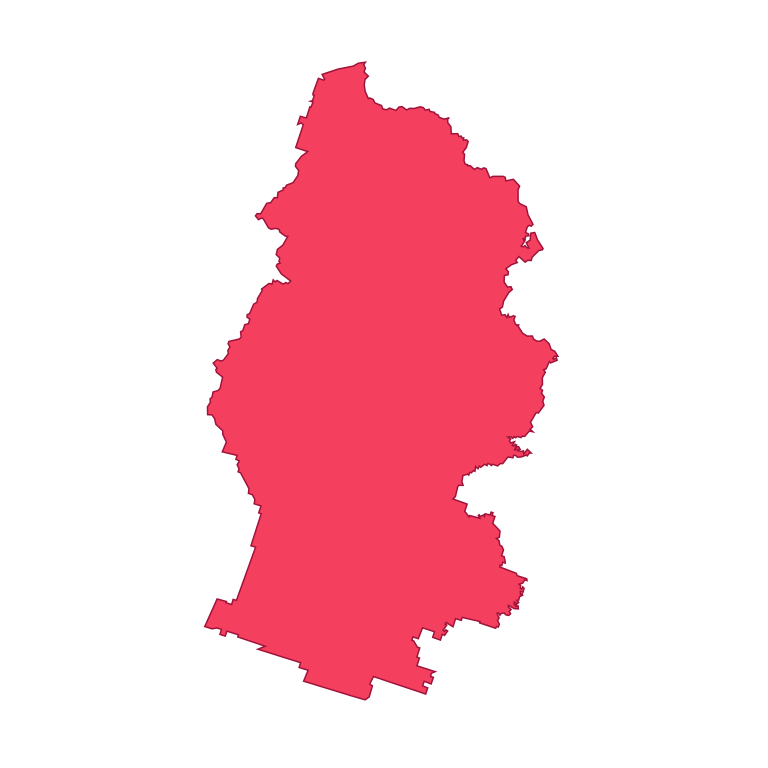 Greater Hume, New South Wales, Australia (orthographic projection), rotated 279°
{"feature_id": "25037944B5872723036943", "entity_name": "Greater Hume", "entity_type": "district", "adm_level": 2, "iso_a3": "AUS", "parent_name": "Australia", "parent_adm1": "New South Wales", "projection": "orthographic", "projection_center": [147.32, -35.758], "detail": "fine", "context": "isolated", "style": "filled", "palette": "rose", "viewbox_px": 768, "rotation_deg": 279, "n_neighbors": 0, "source": "geoboundaries", "source_scale": "gbopen_adm2", "svg_char_len": 6156}
<svg xmlns="http://www.w3.org/2000/svg" viewBox="0 0 768 768"><g transform="rotate(279 384 384)"><path d="M338.8,540.2L341.9,535.8L336.7,533.0L339.8,532.2L338.7,529.8L339.2,526.4L340.2,526.4L340.7,528.7L343.1,526.8L342.7,524.2L339.6,524.5L339.4,523.3L344.4,524.6L345.0,523.0L343.1,522.0L343.3,520.3L347.4,521.9L345.6,518.2L347.7,516.8L349.5,517.8L351.0,514.6L351.7,517.8L350.5,519.7L352.4,520.8L351.5,522.2L353.0,524.1L352.5,527.6L354.0,528.7L354.3,531.2L360.3,534.9L360.1,538.5L362.3,535.3L365.0,537.5L369.1,534.7L379.6,538.8L379.5,541.0L387.9,545.4L391.8,543.5L396.2,544.4L399.4,541.1L402.5,541.6L404.1,538.9L408.3,540.6L415.0,539.4L420.9,541.5L423.2,539.4L424.2,541.7L432.0,543.8L430.9,545.3L434.6,551.3L436.8,550.1L434.8,547.7L435.7,546.8L438.0,548.0L438.6,551.4L443.0,547.6L444.3,543.6L449.5,540.9L453.5,535.1L450.6,531.2L450.3,528.0L451.8,524.7L454.6,523.0L453.7,518.0L455.8,513.0L461.6,507.8L463.4,507.8L463.2,506.3L462.2,506.9L463.8,504.5L467.5,502.2L471.3,502.9L471.6,501.1L469.4,497.3L472.1,495.7L468.9,494.9L471.4,492.7L470.4,489.5L476.3,486.4L478.5,488.9L484.6,489.2L494.0,493.0L497.4,495.9L499.9,494.2L499.1,490.8L503.4,486.7L510.1,485.9L511.3,489.5L514.4,489.2L516.9,486.3L521.9,491.4L524.8,496.7L526.8,494.8L531.0,497.3L526.4,504.3L528.6,506.5L529.0,510.1L532.3,510.4L540.0,516.0L541.3,519.5L542.7,519.9L550.2,513.2L557.2,509.2L556.0,505.5L548.9,505.8L545.9,502.4L540.9,505.8L540.9,503.6L542.8,501.6L541.3,500.4L541.6,498.0L546.7,500.4L549.8,498.2L548.3,500.8L552.2,500.7L553.1,503.9L554.8,503.4L555.8,500.0L561.8,501.0L563.4,502.5L562.9,504.7L565.0,506.2L573.6,499.8L581.3,496.8L583.4,489.9L585.4,487.9L596.8,486.0L600.6,487.0L606.4,479.8L603.7,472.6L607.1,471.4L607.7,469.2L606.1,459.0L604.2,456.3L612.8,451.0L613.0,448.4L611.3,446.9L612.3,442.3L610.1,439.7L613.1,435.0L612.5,432.5L613.7,432.3L613.8,429.9L617.0,428.1L623.5,427.6L625.2,425.5L630.3,428.3L636.7,429.2L638.1,427.4L637.2,424.4L639.5,424.2L639.2,422.7L640.9,421.5L640.2,419.2L642.8,417.7L641.7,411.3L648.6,409.8L652.0,406.2L655.4,405.4L657.2,406.8L655.0,402.0L656.0,396.8L658.2,395.4L659.0,391.9L660.2,391.4L660.4,386.8L662.4,385.5L660.9,382.0L663.1,379.7L663.5,376.4L660.9,370.8L660.3,366.2L658.2,363.5L660.8,358.5L659.9,355.5L656.1,353.0L657.3,346.2L655.2,343.6L655.6,339.7L658.6,338.0L660.2,331.0L663.3,328.9L664.3,325.2L663.4,323.9L670.1,319.6L676.3,317.7L681.8,317.6L685.6,320.4L689.1,315.4L693.1,316.3L696.2,314.0L698.9,315.3L696.8,308.4L693.2,303.9L687.8,289.3L680.1,274.4L675.8,277.7L674.7,277.0L675.6,271.4L660.7,268.5L658.5,268.5L658.2,270.0L652.6,269.1L651.8,267.2L651.4,269.6L650.3,269.6L645.9,268.5L646.1,267.4L634.6,265.7L635.3,259.5L626.8,258.1L628.9,261.5L627.4,263.7L603.7,259.8L601.6,272.2L595.8,266.7L587.7,262.3L585.1,262.5L581.5,266.3L576.4,266.3L568.6,262.7L565.2,256.7L562.5,255.7L561.8,253.7L560.0,254.2L556.7,249.3L551.2,249.5L550.9,246.4L545.5,243.8L544.1,239.9L532.9,235.6L532.4,232.0L530.0,230.7L526.7,234.3L528.8,237.2L528.2,239.0L520.1,245.5L519.2,248.2L520.8,252.9L520.2,256.4L517.9,257.2L514.7,263.2L514.7,265.9L505.3,262.3L500.3,257.7L495.0,257.3L492.1,261.3L488.5,261.1L487.1,262.5L485.7,259.8L483.5,259.2L476.6,265.4L471.1,275.8L468.1,273.4L468.9,271.2L466.9,268.8L469.5,262.1L467.9,260.3L469.5,258.3L465.0,257.7L465.4,254.8L458.6,248.2L457.2,249.1L448.8,245.7L444.9,245.8L442.5,242.8L432.3,240.2L431.2,238.1L428.6,238.2L427.0,241.3L422.4,240.7L420.8,237.2L414.7,236.2L413.2,234.2L407.9,235.6L405.8,234.0L401.8,224.2L399.4,223.7L396.6,226.0L392.5,224.5L389.7,225.5L382.6,221.8L381.2,219.6L382.0,215.5L377.9,212.0L373.4,216.8L371.9,215.6L369.4,216.7L365.6,223.5L354.2,222.8L351.5,221.0L349.4,216.4L344.2,216.2L341.9,214.5L338.9,215.4L333.8,213.2L326.1,214.6L326.6,218.9L323.3,222.1L317.8,224.3L312.6,232.0L308.9,232.7L302.0,237.4L291.7,234.9L290.5,250.1L286.4,249.5L285.4,253.2L281.3,251.6L277.5,254.1L274.5,253.6L273.7,256.3L259.5,267.0L254.8,267.2L254.1,271.2L249.9,274.5L245.4,274.5L244.3,281.6L237.1,280.4L236.7,283.0L203.4,277.9L202.8,282.7L147.2,272.1L147.7,268.7L142.4,268.0L143.2,262.2L144.5,262.4L145.6,252.8L116.4,244.9L115.3,252.5L116.9,257.2L116.2,261.9L111.0,261.1L110.2,266.7L115.3,267.5L113.5,279.5L111.3,279.1L106.4,307.7L102.3,300.9L95.7,345.2L90.7,344.5L89.4,353.8L77.9,351.1L71.1,399.2L69.1,414.8L72.6,418.3L84.1,419.8L85.4,416.8L93.4,419.4L84.3,473.7L90.7,474.7L91.9,469.4L96.7,470.2L95.1,477.5L102.0,478.7L102.5,475.6L105.7,476.1L107.9,479.6L110.8,460.6L118.9,461.9L119.4,459.2L128.9,460.6L129.3,458.1L134.9,453.6L135.2,451.6L138.7,452.1L137.8,457.7L149.2,460.2L147.2,472.6L141.4,471.7L139.9,479.8L145.9,480.7L145.2,483.1L150.0,485.5L150.9,483.6L149.2,482.6L150.0,480.9L155.7,483.7L156.5,481.9L158.2,482.7L155.0,490.1L163.4,491.4L162.6,497.3L165.7,497.8L164.4,516.0L163.0,515.8L160.2,532.5L162.1,533.0L161.8,534.9L164.8,535.5L168.3,533.1L170.8,534.3L175.2,531.5L175.8,533.1L173.8,534.7L175.5,535.5L176.8,538.7L175.1,540.1L174.9,543.4L176.9,545.0L178.9,543.3L181.1,544.8L183.2,541.7L184.8,541.6L182.5,547.8L182.9,551.9L185.8,551.2L184.9,548.9L187.2,549.4L186.4,547.0L189.0,546.9L187.8,550.0L189.3,551.2L191.2,549.1L191.7,550.9L195.0,551.1L197.2,554.0L198.5,553.3L197.6,551.7L200.5,551.1L200.1,553.9L204.2,554.3L205.3,552.8L203.0,552.1L203.5,550.6L206.3,550.5L207.4,548.7L209.0,552.1L212.5,553.7L212.2,556.0L213.9,555.5L215.5,545.6L217.7,544.3L221.4,526.8L223.3,527.0L223.0,528.7L226.5,529.2L226.1,531.7L227.8,531.4L232.3,529.6L232.7,527.0L238.8,528.0L242.1,525.9L242.9,523.6L247.2,522.2L249.0,519.2L250.6,521.9L256.9,521.6L263.4,513.2L270.5,514.3L271.0,511.3L273.9,511.8L274.2,509.8L271.3,509.3L271.6,504.2L269.1,503.9L270.4,503.0L268.1,499.8L269.7,498.6L269.0,497.7L266.4,499.6L267.5,489.3L266.1,488.8L270.8,483.7L278.4,484.9L281.2,470.1L283.9,472.1L294.0,472.9L295.6,473.6L296.3,478.0L299.8,476.2L306.0,476.3L308.0,480.8L307.3,482.0L310.0,482.5L310.0,484.2L312.4,485.8L312.0,487.5L316.8,487.4L315.0,490.1L317.8,491.0L316.9,492.6L320.5,496.0L319.5,498.5L321.6,499.0L321.2,502.7L319.8,502.2L321.7,504.1L320.9,509.0L323.6,511.3L323.9,513.7L331.3,517.8L331.3,522.9L333.7,523.1L334.2,524.7L332.6,527.3L333.4,531.0L336.0,535.6L335.4,536.7L338.5,538.4L338.8,540.2Z" fill="#f43f5e" stroke="#9f1239" stroke-width="1.5"/></g></svg>